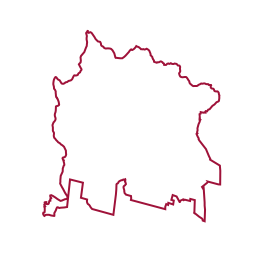 outline of Reforma, Chiapas, Mexico, rotated 353°
{"feature_id": "50627088B2456269013516", "entity_name": "Reforma", "entity_type": "district", "adm_level": 2, "iso_a3": "MEX", "parent_name": "Mexico", "parent_adm1": "Chiapas", "projection": "equal_earth", "projection_center": [-93.258, 17.869], "detail": "fine", "context": "isolated", "style": "outline", "palette": "rose", "viewbox_px": 256, "rotation_deg": 353, "n_neighbors": 0, "source": "geoboundaries", "source_scale": "gbopen_adm2", "svg_char_len": 5706}
<svg xmlns="http://www.w3.org/2000/svg" viewBox="0 0 256 256"><g transform="rotate(353 128 128)"><path d="M138.9,51.7L138.3,52.5L134.5,55.8L133.0,56.9L130.8,58.1L129.0,57.9L124.9,56.9L124.4,56.9L124.1,56.5L123.5,52.2L122.1,49.0L121.5,48.2L120.8,47.4L119.7,46.9L117.8,46.5L115.6,46.4L114.5,45.9L114.1,45.6L113.4,44.3L112.5,43.8L111.6,42.9L111.4,42.2L111.4,40.8L111.0,39.4L110.8,39.1L108.7,38.4L106.7,35.8L105.8,33.6L103.7,29.6L103.3,29.0L102.3,28.3L101.6,28.4L100.7,28.8L100.1,28.5L99.9,27.6L100.1,26.1L99.3,27.3L98.7,27.9L98.0,28.7L98.4,31.7L97.9,33.5L97.7,35.1L97.9,37.8L97.5,39.4L97.0,41.7L96.5,42.4L95.6,44.0L93.9,47.3L90.2,50.7L89.5,52.1L89.4,55.5L88.9,57.2L87.7,58.1L87.0,58.8L88.3,62.4L88.8,63.4L89.0,64.1L88.9,64.6L87.8,65.7L87.2,66.9L85.8,67.6L85.2,68.1L84.8,69.0L84.0,69.4L82.6,69.6L81.4,69.2L80.9,69.3L80.2,70.1L78.5,72.8L77.2,73.7L75.5,74.0L74.8,74.0L73.1,75.0L72.2,75.0L71.5,75.1L70.7,75.7L69.5,76.2L68.3,76.1L68.0,76.0L67.4,75.5L66.2,72.8L66.0,72.4L64.2,71.1L63.1,69.1L62.8,68.8L62.4,68.6L62.1,68.7L61.2,69.7L60.4,71.0L60.0,72.0L59.4,74.2L59.2,75.5L59.5,78.2L59.4,79.4L59.4,80.0L60.1,81.0L60.7,82.8L60.5,84.3L60.5,85.7L60.4,87.6L60.6,88.8L61.2,89.2L61.2,90.1L61.6,90.4L61.7,90.7L62.2,92.8L62.4,93.8L62.5,96.3L62.3,96.8L61.5,97.3L59.3,97.7L59.1,97.9L58.4,102.0L57.9,103.6L57.3,104.7L56.9,106.1L56.9,107.4L57.3,109.4L57.1,110.7L56.6,111.6L55.5,112.8L54.8,113.3L53.4,115.9L53.5,118.3L53.1,121.6L53.3,122.3L53.7,123.1L53.9,123.8L53.8,124.8L53.4,126.5L53.4,127.4L53.6,128.7L54.4,129.7L55.2,131.2L56.6,133.0L56.9,133.6L58.6,134.9L59.5,136.2L60.7,137.1L62.2,138.8L63.6,142.9L63.4,145.2L63.4,146.7L63.0,147.7L62.4,148.6L61.6,149.2L59.9,149.4L59.5,149.7L59.3,150.3L59.5,150.8L59.6,151.7L60.4,152.3L60.4,152.6L60.1,153.1L60.0,153.4L60.3,155.0L60.3,156.9L59.6,157.6L58.7,159.5L58.3,160.3L58.1,161.8L57.9,163.0L57.8,163.4L55.4,167.3L54.5,171.5L54.3,173.4L53.9,174.6L53.9,175.0L55.2,178.5L56.2,180.8L57.7,184.9L58.0,185.3L58.1,185.7L59.2,187.9L59.5,188.7L59.5,189.7L59.3,190.2L58.7,190.7L57.9,191.0L56.8,191.0L53.4,192.0L52.1,192.1L49.3,189.9L47.4,188.1L45.2,186.3L43.6,185.3L42.6,185.5L42.5,186.8L42.7,187.4L43.3,188.1L43.3,188.4L42.1,189.1L42.0,189.6L42.1,190.4L42.1,190.7L41.0,190.9L40.1,193.3L39.8,193.6L39.1,193.8L38.1,193.6L37.8,193.4L37.7,193.1L37.9,191.6L36.6,191.5L36.2,191.7L36.3,193.4L35.6,193.8L35.5,194.1L35.9,194.8L36.3,195.8L36.1,195.9L35.5,195.6L35.3,195.9L35.6,197.3L35.3,199.7L35.0,201.3L34.6,201.7L33.7,201.7L33.4,202.2L33.3,202.8L33.4,203.5L34.0,204.8L34.4,205.1L35.5,204.3L36.0,204.2L39.0,204.5L40.9,205.4L44.0,206.3L44.2,206.2L44.3,205.6L44.5,203.5L46.3,201.0L46.9,199.8L47.2,199.2L47.9,198.2L48.5,198.1L48.8,198.2L49.8,198.9L50.6,199.0L51.1,198.9L54.9,199.1L57.9,199.0L64.2,172.0L76.6,176.8L72.8,191.5L78.7,194.0L78.3,195.6L78.3,196.6L78.6,197.9L78.9,198.5L80.0,199.5L80.5,200.3L81.3,202.2L82.5,204.0L102.9,212.4L107.9,192.5L108.9,187.6L109.7,182.5L110.2,182.0L111.1,181.7L111.7,181.1L112.0,180.5L113.0,179.7L115.2,179.0L116.2,179.1L116.6,178.9L116.9,178.6L117.4,178.6L117.8,178.9L119.0,178.5L119.1,178.9L119.0,179.5L118.5,180.4L118.4,180.8L118.5,181.0L118.7,180.9L118.8,181.1L119.1,183.4L118.6,183.8L118.2,184.4L116.7,185.3L116.5,185.6L116.3,186.7L116.6,188.6L116.7,189.7L116.6,190.4L116.7,192.1L116.8,192.4L117.8,193.6L117.9,193.9L122.7,195.9L122.6,198.2L122.1,199.8L155.1,213.1L155.4,210.7L156.7,208.2L158.4,209.2L158.9,207.2L163.5,209.4L164.6,205.6L162.3,204.6L164.2,200.0L167.9,201.9L170.2,207.7L170.5,207.7L170.9,206.7L171.1,206.6L172.0,206.2L173.0,206.0L173.8,205.6L174.3,205.6L174.6,206.4L175.7,206.1L180.7,208.0L181.2,206.0L185.5,207.7L183.7,219.2L183.3,220.3L183.8,220.8L183.9,220.7L187.9,224.8L190.3,226.8L190.8,227.6L190.9,229.0L192.7,229.9L194.5,218.5L194.6,214.5L195.0,211.0L195.7,198.6L195.8,196.3L195.0,197.1L194.3,195.5L199.9,192.0L200.8,191.1L200.7,190.9L210.9,195.0L212.6,195.3L214.4,181.7L214.6,176.5L205.6,169.4L205.9,168.6L204.9,165.8L202.8,158.4L197.2,149.0L196.7,147.7L196.9,146.9L196.2,145.3L195.3,142.3L196.3,141.8L196.0,141.0L196.0,140.7L196.8,138.7L196.9,136.7L198.5,132.8L200.0,130.4L200.2,129.4L200.7,128.8L200.0,128.5L200.2,127.3L200.5,127.4L200.7,123.0L201.8,122.6L202.1,121.1L204.7,122.0L205.1,121.9L206.8,122.2L206.8,121.8L206.7,121.2L207.2,120.7L208.5,121.1L209.8,119.6L211.3,119.3L214.5,116.3L216.7,115.2L219.0,113.2L220.8,112.7L221.3,112.4L221.6,112.0L221.8,111.3L222.0,110.4L222.3,109.4L222.4,107.8L222.7,107.1L222.6,106.4L222.4,106.2L222.3,104.0L222.0,103.4L221.6,102.8L221.0,102.5L220.0,102.5L218.6,102.0L218.2,101.5L218.0,100.2L217.7,99.7L217.4,99.4L216.0,99.0L215.7,98.8L215.1,98.0L215.1,97.0L215.3,96.5L215.7,95.9L215.5,95.6L215.5,95.4L213.6,95.2L213.3,95.0L213.2,94.5L212.8,94.2L211.0,94.0L209.7,93.2L209.0,93.0L206.9,93.1L206.3,92.8L205.6,92.9L204.9,93.3L203.2,93.8L202.2,94.5L201.4,94.7L197.8,94.3L197.1,93.8L195.0,91.5L194.6,90.6L194.5,89.0L193.7,87.7L193.2,86.5L192.5,85.2L192.0,84.6L191.5,84.4L190.3,84.3L188.3,84.3L187.0,83.9L186.1,83.2L185.5,81.4L185.4,79.9L186.3,78.9L186.8,77.9L186.8,75.4L187.2,73.8L187.1,73.3L186.7,72.4L185.1,72.0L184.2,70.5L183.7,70.2L182.0,69.7L181.2,70.0L180.5,70.0L179.2,69.6L178.4,68.9L177.5,69.3L176.7,69.4L176.1,68.9L174.8,69.0L173.5,70.0L172.2,69.9L171.5,69.7L171.6,68.8L171.5,68.4L170.7,67.9L170.2,66.9L168.8,65.9L168.3,65.9L166.8,66.5L165.1,66.4L164.6,66.7L164.3,66.4L163.3,66.2L161.9,65.4L162.0,64.4L161.8,63.8L161.2,62.8L161.1,62.0L160.8,61.4L160.7,60.3L159.3,58.5L159.4,57.5L159.3,56.7L158.5,53.8L157.7,52.8L156.2,51.6L154.6,52.1L153.8,52.1L152.9,51.6L152.0,51.7L151.3,51.5L150.5,51.4L150.0,50.6L149.2,49.8L148.7,49.2L147.7,48.6L147.0,48.3L146.2,47.7L145.3,48.8L143.8,50.1L142.7,50.7L141.7,51.1L141.3,51.0L140.8,50.4L140.3,50.5L138.9,51.7Z" fill="none" stroke="#9f1239" stroke-width="2"/></g></svg>